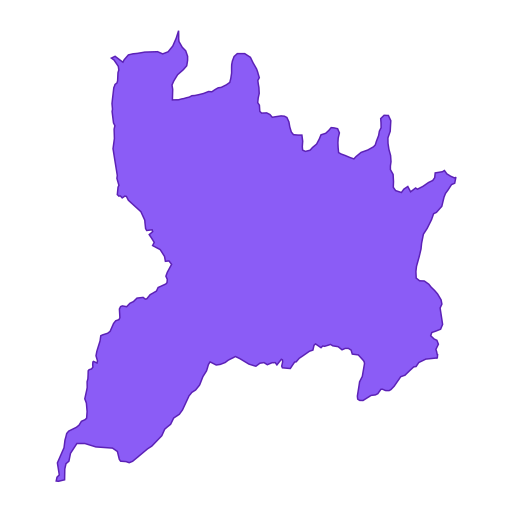 Gueckedou, Guéckédou, Guinea
{"feature_id": "49546643B20526276358370", "entity_name": "Gueckedou", "entity_type": "district", "adm_level": 2, "iso_a3": "GIN", "parent_name": "Guinea", "parent_adm1": "Guéckédou", "projection": "natural_earth1", "projection_center": [-10.315, 8.69], "detail": "fine", "context": "isolated", "style": "filled", "palette": "violet", "viewbox_px": 512, "rotation_deg": 0, "n_neighbors": 0, "source": "geoboundaries", "source_scale": "gbopen_adm2", "svg_char_len": 5712}
<svg xmlns="http://www.w3.org/2000/svg" viewBox="0 0 512 512"><path d="M111.4,58.1L114.0,60.0L118.3,66.3L118.8,70.0L118.0,72.6L117.6,80.8L117.3,81.8L117.0,82.9L115.0,84.5L114.6,85.8L113.8,87.7L112.4,99.7L112.0,103.6L112.5,109.2L112.1,111.5L113.5,122.9L114.9,125.7L114.1,129.1L114.3,135.2L114.4,138.6L113.0,148.8L113.3,150.4L114.3,156.8L117.3,175.5L116.9,178.3L118.9,185.3L118.0,187.3L118.0,187.7L117.3,194.6L118.6,195.8L118.8,196.1L119.5,196.0L120.5,196.0L121.1,196.7L122.2,197.9L124.4,196.4L124.8,196.1L126.4,196.4L128.4,200.3L140.9,211.7L144.7,220.0L144.9,221.4L144.9,222.0L145.6,228.6L146.7,230.5L152.1,229.8L152.7,231.6L149.2,234.6L151.8,238.5L154.2,242.4L152.6,245.6L160.2,249.6L164.5,256.4L165.4,261.3L168.9,260.9L171.6,264.3L167.3,272.3L165.9,276.2L167.3,279.4L167.0,282.7L166.6,283.1L165.8,284.0L158.1,287.5L157.0,289.9L156.4,291.1L150.1,294.7L149.0,296.1L146.8,298.8L145.3,299.1L143.1,297.4L137.0,298.1L134.2,300.8L133.6,301.5L133.4,301.6L133.0,301.8L129.9,303.3L126.7,306.7L124.0,306.2L122.4,305.9L121.3,306.3L120.6,306.6L120.0,307.8L119.4,309.0L119.9,317.7L119.0,319.6L115.7,320.8L113.6,323.4L110.1,331.4L108.9,332.3L107.6,333.3L106.6,333.6L102.8,334.8L100.8,335.7L100.3,339.1L100.1,340.8L97.6,348.8L96.8,351.5L96.0,355.8L97.5,360.9L97.0,363.0L95.3,362.2L93.5,361.4L93.0,361.9L92.9,362.0L92.7,365.0L92.9,367.1L91.6,368.9L89.1,369.7L88.2,370.8L88.1,374.8L87.9,378.8L87.3,381.0L87.1,381.7L87.2,387.5L86.8,389.7L84.8,398.8L86.4,403.1L87.1,411.6L86.7,417.3L86.6,418.2L85.0,419.7L81.4,421.3L79.1,425.1L76.4,427.3L68.7,431.1L66.7,433.5L66.0,436.4L65.0,440.0L64.4,444.7L64.0,447.8L62.1,452.1L57.4,462.9L59.3,474.9L57.0,477.2L56.2,481.0L58.4,481.3L62.1,480.4L64.6,479.8L64.8,469.0L65.6,465.4L66.0,463.7L66.8,463.0L68.9,461.2L70.5,453.3L76.9,443.5L79.5,443.5L82.1,443.5L84.9,443.5L95.8,446.9L112.5,448.1L117.4,451.5L119.3,459.3L119.5,459.6L120.6,461.2L126.1,461.6L129.2,462.7L132.6,461.3L139.0,456.0L147.6,448.8L151.8,446.1L161.8,435.7L164.7,429.2L167.6,426.7L170.6,424.3L172.9,419.6L173.7,418.0L174.3,417.6L179.3,414.3L182.5,409.9L189.1,395.7L190.4,394.2L191.8,392.4L195.6,390.0L199.0,385.8L199.7,384.8L202.9,376.6L206.5,370.9L207.3,368.4L208.4,364.6L208.8,363.9L210.1,361.9L216.2,365.0L220.3,364.4L225.2,362.5L228.2,360.2L229.9,359.3L233.4,357.6L235.3,356.5L237.3,357.4L239.8,358.6L248.9,364.1L255.0,366.0L255.9,366.2L259.9,363.2L264.0,362.6L267.3,364.7L272.1,362.7L273.7,362.7L275.2,362.6L276.9,364.9L280.1,360.9L281.3,359.3L282.4,359.8L282.5,360.6L282.6,361.0L282.6,362.1L281.7,366.1L281.8,366.4L282.4,367.8L287.7,368.3L290.3,368.5L292.4,365.3L294.6,362.1L296.2,361.8L299.2,358.3L302.9,355.8L309.5,351.2L312.3,350.3L312.9,350.1L314.0,345.3L315.5,343.9L321.0,347.7L322.7,346.0L324.6,346.3L328.2,345.2L330.5,344.4L332.3,345.5L332.7,345.8L334.5,346.1L338.2,346.7L342.0,349.8L345.2,348.4L348.4,348.4L350.0,349.4L351.2,350.2L351.7,352.2L352.3,354.1L355.3,354.5L358.3,354.9L360.4,357.2L363.2,360.3L364.2,361.7L364.2,361.9L364.5,363.6L362.4,375.9L362.3,376.5L361.6,377.8L359.5,382.0L359.5,382.5L358.9,386.5L357.4,395.9L357.4,396.0L357.4,396.7L357.7,399.1L359.6,400.4L363.0,400.5L371.1,395.4L375.4,394.9L376.2,394.5L377.8,393.7L380.9,389.3L382.5,389.2L385.4,390.5L386.7,390.6L388.5,390.6L389.1,390.6L390.9,389.6L393.9,386.5L394.1,386.3L397.9,380.8L398.9,379.4L400.7,376.7L404.7,375.3L404.9,375.3L409.6,370.7L413.7,366.9L414.3,366.8L416.1,366.5L416.9,365.3L418.8,362.5L425.8,359.1L436.5,358.0L436.9,358.2L437.3,357.8L437.6,354.5L437.1,354.2L436.7,351.9L435.9,349.4L438.4,344.2L436.9,340.3L434.1,339.0L430.7,335.7L431.8,332.5L435.6,331.2L440.6,329.2L442.6,324.4L441.4,316.5L440.1,308.0L441.9,304.1L441.1,299.9L437.6,294.0L434.6,290.5L431.0,287.0L428.8,284.2L424.3,281.0L419.6,280.8L416.2,278.1L415.9,271.5L416.5,266.3L419.2,256.6L421.0,249.0L421.6,243.2L423.4,234.2L427.1,228.5L431.5,219.7L433.6,213.7L436.4,212.4L441.8,206.3L444.0,197.2L445.5,193.4L448.0,190.0L451.5,184.6L454.7,183.2L455.8,177.6L455.7,177.5L454.4,177.9L453.1,177.3L450.6,176.2L446.9,173.9L444.4,170.5L442.5,171.7L435.2,172.9L434.7,177.7L432.7,180.5L428.5,182.5L422.9,186.4L417.4,189.2L415.6,188.0L410.6,191.8L407.8,186.5L403.9,189.1L401.4,192.5L395.6,190.6L393.3,187.3L393.5,181.6L393.1,174.4L390.4,169.6L390.4,166.0L391.0,161.7L390.6,155.6L388.9,149.3L388.0,143.3L387.9,137.9L390.2,131.3L390.8,120.7L388.4,115.5L384.1,115.3L380.7,118.6L381.0,122.6L381.1,127.7L379.4,131.1L378.6,135.6L376.4,141.3L375.3,144.9L373.5,146.8L367.8,150.0L361.1,152.4L356.0,156.6L353.9,158.9L349.9,157.5L345.2,155.5L341.1,154.0L338.6,152.6L338.1,147.4L337.9,142.7L338.2,138.0L339.4,132.9L337.6,128.7L334.1,127.9L331.2,127.6L329.9,129.1L328.8,130.4L325.7,133.3L321.0,134.8L319.3,139.0L316.6,144.1L312.5,147.5L310.1,150.2L305.4,151.4L302.6,150.1L302.3,146.6L302.7,141.2L301.9,135.1L298.4,135.1L293.5,134.7L291.3,132.0L289.8,127.0L288.9,121.9L286.9,117.5L284.4,116.2L281.1,115.9L275.1,116.8L272.3,117.3L269.9,114.5L266.7,112.9L261.9,113.1L261.6,113.1L259.8,111.4L259.4,105.2L257.7,102.6L258.2,98.0L259.2,93.4L258.9,87.5L258.2,83.4L257.8,80.5L259.3,77.7L258.0,73.3L257.8,72.4L256.6,69.0L253.0,62.7L250.4,57.3L244.7,53.6L237.3,53.6L234.1,56.5L232.4,61.0L231.7,64.6L231.6,67.3L231.6,73.1L230.8,78.4L229.8,82.4L226.4,84.8L221.2,87.4L218.2,87.8L215.2,89.5L211.8,91.8L208.6,91.5L203.5,93.5L198.2,94.8L194.9,95.5L191.9,95.7L189.3,97.1L186.3,97.8L183.7,98.6L181.8,98.9L178.5,99.8L172.4,99.9L172.7,89.4L172.0,85.0L173.8,80.9L177.6,74.7L183.3,69.7L186.7,65.8L187.2,62.9L187.6,60.2L187.6,56.3L185.7,50.8L182.2,47.2L179.0,41.6L178.7,38.9L178.7,35.6L178.6,30.7L176.2,38.2L172.8,46.0L168.1,51.8L162.7,53.9L157.6,51.7L144.8,52.1L137.3,53.4L133.0,53.8L128.4,54.9L124.2,59.7L122.9,62.2L121.7,61.3L119.3,59.5L115.1,56.3L111.4,58.1Z" fill="#8b5cf6" stroke="#5b21b6" stroke-width="1.5"/></svg>